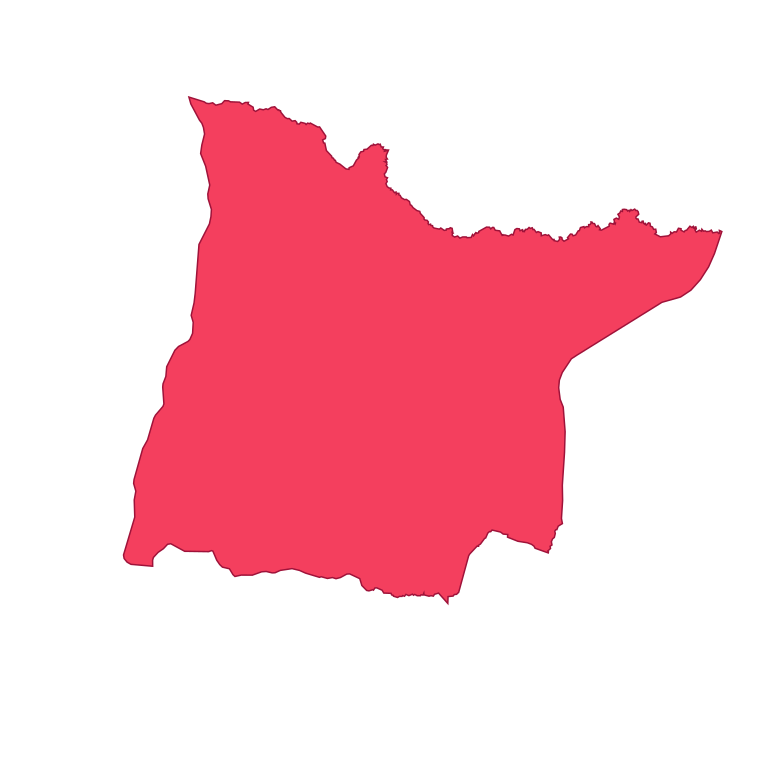 Phanom Dong Rak, Surin, Thailand, rotated 108°
{"feature_id": "78962969B88095074466781", "entity_name": "Phanom Dong Rak", "entity_type": "district", "adm_level": 2, "iso_a3": "THA", "parent_name": "Thailand", "parent_adm1": "Surin", "projection": "albers", "projection_center": [103.261, 14.433], "detail": "fine", "context": "isolated", "style": "filled", "palette": "rose", "viewbox_px": 768, "rotation_deg": 108, "n_neighbors": 0, "source": "geoboundaries", "source_scale": "gbopen_adm2", "svg_char_len": 6171}
<svg xmlns="http://www.w3.org/2000/svg" viewBox="0 0 768 768"><g transform="rotate(108 384 384)"><path d="M171.4,658.2L177.4,654.2L190.1,641.0L192.3,637.8L195.8,635.0L201.7,631.9L213.0,631.1L221.5,629.6L232.0,620.9L248.6,611.2L257.7,610.3L262.2,608.5L271.3,602.1L278.3,600.3L285.7,599.5L308.4,603.1L356.0,591.6L365.6,589.7L378.3,588.6L384.3,584.5L395.0,581.7L401.7,582.4L404.1,583.6L411.8,591.0L416.5,593.3L434.7,596.0L444.2,593.8L452.1,594.2L455.3,593.5L470.9,587.2L473.6,587.3L484.2,591.7L487.7,592.3L510.2,591.6L519.9,593.5L552.1,592.2L555.9,591.4L562.6,586.9L571.5,585.7L587.6,579.9L627.1,578.9L630.3,577.2L632.8,573.3L633.7,568.9L628.8,547.7L623.1,549.6L620.2,549.7L613.9,546.8L608.8,542.9L603.3,540.3L601.8,537.4L604.7,521.9L597.6,498.9L595.8,496.6L595.8,495.1L603.3,488.6L606.5,484.4L608.1,481.1L607.5,473.9L612.0,468.7L613.1,466.3L609.8,460.6L606.5,450.2L600.4,442.3L598.7,438.1L598.2,432.0L597.2,429.3L593.3,425.0L588.0,414.4L587.4,406.8L588.1,400.2L587.8,385.6L586.7,384.2L586.4,377.7L584.0,373.2L584.0,369.5L581.5,365.6L576.3,360.7L575.2,358.0L576.6,346.9L582.5,342.8L585.7,336.7L585.4,334.4L583.1,331.1L583.3,330.3L580.8,329.6L580.1,327.9L580.7,322.1L582.9,319.6L580.9,312.6L582.2,311.6L582.2,309.8L582.9,309.4L582.8,305.1L581.3,303.8L580.4,301.2L579.5,300.9L579.5,298.9L577.3,298.1L577.6,294.9L575.1,292.0L575.8,290.7L574.6,289.7L575.1,287.1L574.1,283.9L573.0,283.6L572.7,281.7L570.6,281.5L572.2,280.8L571.9,275.6L570.8,273.9L570.5,271.5L568.4,271.0L566.0,267.5L573.0,255.5L566.4,257.4L564.3,252.7L562.5,252.1L561.6,250.0L559.0,248.6L521.2,250.4L519.1,249.9L509.5,245.4L509.1,244.0L508.4,244.4L506.4,242.8L499.8,240.6L499.0,239.7L493.7,239.2L491.8,238.1L491.5,236.9L489.5,236.1L488.8,227.4L489.9,224.3L488.9,219.8L491.5,219.2L492.2,208.1L490.7,198.6L490.9,194.1L491.9,191.2L493.5,189.6L493.9,175.6L492.8,175.7L492.2,176.6L489.0,174.8L487.0,175.9L485.2,174.5L482.2,176.1L479.2,175.8L477.3,174.6L473.2,174.9L471.2,176.1L469.5,175.6L469.1,174.6L465.4,174.4L461.6,171.2L457.0,173.7L439.7,178.1L425.2,183.1L393.2,191.2L373.4,197.0L350.6,206.4L344.2,211.7L333.6,216.7L326.1,218.4L317.9,218.0L302.1,213.6L296.9,209.4L220.4,144.9L209.6,128.8L199.9,121.1L187.1,115.4L172.3,111.5L157.7,110.0L134.6,109.8L134.3,112.5L137.0,111.5L137.5,111.9L136.5,114.1L138.6,118.0L136.5,120.3L138.3,121.8L139.4,124.5L139.1,125.8L139.9,127.4L138.6,129.5L140.6,129.2L140.3,131.6L143.1,134.0L141.6,135.7L139.9,134.9L138.2,136.0L138.6,136.8L140.3,136.6L139.9,138.0L138.6,138.6L140.0,139.6L139.4,141.8L144.2,143.7L145.0,145.0L146.6,145.6L146.0,149.0L144.5,149.5L144.9,152.1L149.0,152.8L149.6,155.1L151.6,156.5L151.0,158.3L152.8,157.7L155.1,159.1L158.6,166.7L157.6,172.8L155.8,171.8L152.8,173.4L153.6,175.4L151.7,177.2L151.5,179.4L148.9,180.7L149.0,182.3L151.8,183.6L151.5,185.1L150.0,184.8L151.2,185.8L151.1,186.6L149.0,187.9L149.5,188.9L150.9,188.7L151.2,191.2L148.5,193.5L149.0,194.7L148.2,195.8L147.1,196.0L143.8,194.2L141.5,195.6L140.7,197.1L141.2,198.1L140.2,199.6L142.4,201.8L141.8,203.0L143.9,203.7L143.0,204.6L144.2,205.7L143.2,207.1L143.6,209.6L144.4,211.2L146.2,210.6L146.3,212.3L148.5,212.6L150.3,214.0L152.4,211.7L154.8,211.7L154.4,214.3L156.4,216.2L159.5,214.4L159.4,213.6L160.6,213.6L159.9,215.0L161.0,215.1L161.1,218.7L162.6,219.3L164.3,218.6L170.6,224.9L170.7,226.7L169.5,226.3L167.2,229.4L168.7,230.0L168.7,231.1L166.4,233.4L166.8,234.9L165.7,236.3L166.0,237.3L166.9,236.7L168.6,237.2L169.2,238.6L171.1,237.9L171.8,240.2L173.5,241.6L172.5,242.5L174.5,245.5L177.8,245.6L178.3,246.6L183.1,247.8L184.6,250.0L183.4,251.4L183.8,253.0L188.1,254.7L188.9,253.4L192.6,256.9L191.6,259.2L190.0,259.9L189.6,261.3L190.1,262.7L192.1,261.6L194.8,262.9L195.1,266.6L194.0,266.9L194.5,268.3L191.3,273.5L192.2,274.4L192.1,276.8L194.4,280.2L191.7,281.2L191.5,284.6L192.8,285.9L190.6,289.1L191.1,290.0L189.6,291.3L190.8,292.9L190.3,294.4L192.7,295.6L193.2,297.2L194.3,297.2L194.6,298.0L195.7,297.6L196.1,299.2L194.5,300.0L196.2,302.0L194.6,303.2L195.1,305.7L196.7,307.2L202.4,307.3L202.2,309.0L204.8,311.2L204.9,315.1L206.0,317.3L205.3,317.3L205.6,318.2L202.6,321.3L203.4,325.7L201.2,328.0L201.6,329.3L203.5,330.4L202.3,332.1L203.1,335.0L209.6,341.0L210.7,340.7L211.6,341.6L211.7,343.4L212.4,343.1L212.8,344.0L215.4,344.6L214.5,346.0L217.7,346.4L219.2,350.3L218.7,351.0L219.8,354.6L221.8,356.9L220.5,359.7L222.4,362.3L221.7,364.9L220.2,365.5L219.1,364.8L218.5,366.3L217.8,365.8L214.9,367.3L214.9,369.3L216.0,369.8L217.3,372.6L218.4,372.4L219.3,374.2L218.1,378.2L219.6,379.2L220.2,384.6L219.4,386.4L218.4,386.8L218.7,388.4L217.6,389.1L218.6,390.8L217.7,391.7L216.2,391.8L215.0,393.6L215.4,395.5L214.8,396.9L213.3,397.3L210.5,402.2L208.8,403.3L208.9,406.3L207.3,410.9L205.6,413.1L205.5,414.4L202.6,416.2L201.5,419.8L202.3,421.5L201.5,425.0L199.6,427.0L199.5,428.5L198.1,428.7L198.6,430.6L199.6,431.0L197.7,431.9L198.8,433.2L196.8,436.0L197.3,437.7L195.7,437.9L196.0,439.9L195.3,442.0L192.8,444.1L190.5,443.5L188.8,444.9L186.8,444.4L186.6,447.1L184.0,448.6L182.2,447.7L176.9,447.5L175.6,449.6L174.4,449.0L172.7,450.1L172.4,451.5L171.9,450.0L169.9,452.0L169.0,450.3L167.6,452.0L165.6,452.5L160.1,452.0L160.6,453.7L161.4,453.7L162.4,455.4L160.7,455.2L161.2,457.0L160.4,457.9L158.8,457.8L159.4,459.9L157.1,461.7L157.8,462.5L157.5,463.9L159.6,466.3L159.2,468.2L160.6,468.3L160.9,469.8L165.9,472.7L167.2,475.5L169.0,475.4L170.4,477.8L173.5,478.7L175.0,477.9L176.3,478.6L176.6,477.8L179.6,479.4L186.0,480.6L189.1,484.0L190.7,483.7L191.2,486.7L188.5,493.9L188.0,498.0L186.3,499.4L186.6,500.1L184.9,501.9L184.8,503.4L183.5,504.2L179.8,510.9L173.2,514.7L173.4,516.0L170.8,517.8L168.7,515.6L166.2,516.0L159.4,524.7L160.1,526.4L158.6,534.7L159.4,535.2L159.5,537.3L161.3,538.3L160.5,539.6L160.8,544.0L163.0,544.9L163.4,547.2L162.1,547.8L161.0,549.9L162.4,552.6L160.8,556.1L161.5,558.0L161.0,560.6L157.5,566.0L156.1,566.9L156.4,568.2L155.7,568.8L156.2,569.7L154.1,573.6L155.7,576.7L158.8,579.2L158.7,581.2L160.5,583.5L160.9,587.2L164.4,590.3L163.9,592.6L161.2,594.0L159.8,599.9L158.1,599.9L159.1,602.9L161.6,605.3L160.6,608.5L163.1,617.3L162.7,619.3L163.8,623.2L167.5,624.9L170.8,630.1L169.5,633.8L171.4,637.1L171.9,639.7L171.2,642.2L171.4,658.2Z" fill="#f43f5e" stroke="#9f1239" stroke-width="1.5"/></g></svg>